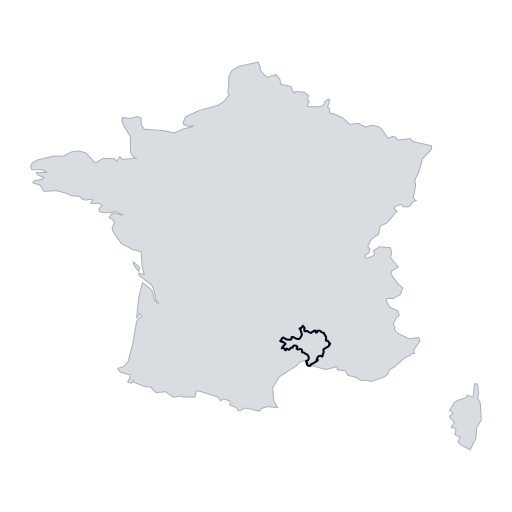 France, with Gard highlighted
{"feature_id": "FRA-5293", "entity_name": "Gard", "entity_type": "Metropolitan department", "adm_level": 1, "iso_a3": "FRA", "parent_name": "France", "parent_adm1": "", "projection": "natural_earth1", "projection_center": [4.221, 43.959], "detail": "fine", "context": "in_parent", "style": "outline", "palette": "ink", "viewbox_px": 512, "rotation_deg": 0, "n_neighbors": 0, "source": "natural_earth", "source_scale": "10m", "svg_char_len": 7108}
<svg xmlns="http://www.w3.org/2000/svg" viewBox="0 0 512 512"><path d="M416.1,200.4L412.4,202.3L410.1,205.9L407.7,206.8L403.3,206.8L401.2,204.5L395.9,206.0L393.8,208.3L397.0,211.2L386.7,223.0L380.1,226.1L378.8,233.8L371.0,239.6L368.1,245.7L367.9,246.9L369.9,248.9L369.0,252.8L365.1,255.4L365.2,257.9L366.3,258.3L372.3,256.3L374.6,253.9L373.4,250.7L379.5,246.8L390.4,247.7L391.7,253.0L390.4,257.4L398.3,267.0L391.5,271.4L391.1,274.4L398.3,284.0L402.7,288.0L400.4,294.4L393.0,298.6L388.3,298.3L386.2,299.3L386.5,301.3L389.8,307.2L397.9,311.0L399.2,315.5L397.0,317.0L393.3,323.7L395.0,327.1L394.4,328.5L395.2,330.8L397.4,333.0L408.6,338.7L418.7,337.6L420.0,340.9L413.9,349.7L414.3,353.7L411.2,353.7L410.7,355.1L404.5,358.0L394.5,366.9L389.7,369.5L387.9,374.0L385.1,376.6L370.7,381.7L367.9,380.5L360.8,380.6L356.4,377.4L347.9,375.4L345.2,370.7L337.3,369.8L336.8,366.7L325.7,369.5L310.1,365.2L304.7,360.7L300.1,361.9L296.1,366.0L279.3,376.8L272.6,388.0L273.8,401.1L277.7,407.6L267.4,406.6L261.3,408.5L259.7,411.2L245.2,408.0L239.8,410.7L238.3,410.5L236.5,407.8L229.4,404.7L230.5,402.5L229.5,400.6L222.9,399.0L220.5,400.9L218.0,397.1L199.4,391.1L196.3,391.2L195.0,397.1L183.0,397.0L181.3,395.9L173.5,397.2L165.3,391.7L156.1,392.7L150.5,387.0L145.1,386.6L137.4,383.7L133.9,382.2L133.5,380.5L131.2,383.1L128.3,382.5L127.7,381.7L129.6,378.6L130.1,374.9L120.5,372.2L118.0,369.6L118.0,368.2L123.2,366.9L128.0,361.9L132.8,343.5L136.5,321.8L138.9,317.7L141.9,316.5L139.6,313.6L136.6,317.5L138.8,297.6L142.5,282.7L150.5,288.8L152.3,291.5L154.5,300.3L159.0,304.1L156.1,300.5L153.4,288.6L151.7,285.3L139.1,275.4L138.7,273.2L144.3,274.4L142.2,267.0L141.2,251.5L133.5,250.0L121.2,243.4L113.0,231.6L112.1,227.2L114.5,222.6L112.6,219.6L109.0,217.6L111.9,213.6L114.5,213.2L123.3,215.4L116.1,211.7L104.3,212.9L99.6,211.6L98.9,208.9L102.2,205.3L98.3,203.1L91.5,203.6L90.7,202.7L92.8,200.1L91.1,199.1L85.6,200.1L82.5,199.3L79.6,196.4L70.7,195.7L68.8,194.1L56.6,190.7L43.8,191.3L40.4,185.5L32.7,182.7L34.3,180.9L42.2,179.1L43.8,177.5L38.2,175.1L36.2,172.7L46.7,172.2L42.1,169.7L31.9,169.8L30.7,166.4L32.2,162.8L38.2,159.7L53.0,156.2L63.7,156.1L71.4,152.0L78.8,150.9L85.9,152.9L95.2,163.0L103.0,158.5L114.4,158.7L116.6,161.2L119.8,156.6L122.3,159.3L136.2,158.4L133.0,156.6L130.5,152.3L130.4,136.6L123.5,125.3L121.9,121.1L122.4,117.6L130.7,118.3L137.6,116.7L140.9,117.8L141.5,125.1L144.3,129.3L163.4,130.6L174.4,132.9L183.7,128.8L192.4,126.9L193.1,125.9L188.1,126.3L183.6,124.5L183.0,122.6L185.5,116.9L198.9,110.6L218.4,105.2L223.4,101.7L229.2,95.2L227.9,93.6L229.0,76.1L231.9,70.4L239.3,66.2L258.1,62.1L260.4,67.6L260.3,70.7L265.2,75.7L267.7,77.2L275.9,74.5L279.8,79.1L280.9,84.3L290.8,86.4L293.7,93.1L295.5,91.6L301.7,91.9L304.6,92.5L308.6,95.5L307.4,99.5L309.2,101.5L307.4,105.2L308.7,106.7L320.0,106.7L323.5,105.1L325.0,101.3L328.4,99.1L329.7,99.8L327.6,106.8L329.2,108.5L330.0,113.5L334.3,113.9L342.7,117.9L349.8,124.4L358.5,123.4L365.4,127.0L372.5,125.1L379.2,127.1L381.6,129.0L387.9,138.3L392.7,136.4L396.1,137.5L397.3,140.2L410.1,138.6L412.4,141.2L415.1,142.2L431.4,145.7L431.6,149.1L422.4,159.0L418.5,173.1L415.8,178.0L414.8,181.7L415.6,184.2L415.2,188.0L413.4,197.2L414.5,199.9L416.1,200.4ZM478.5,392.5L477.8,398.4L480.2,402.7L481.3,419.8L476.6,428.0L476.0,438.0L470.1,449.9L460.6,444.6L457.8,441.7L460.3,437.1L454.8,434.7L456.0,430.3L455.4,428.1L451.6,427.8L451.3,426.7L454.1,423.3L454.0,421.2L450.3,418.5L449.6,416.2L453.1,413.5L451.4,411.1L449.5,410.6L454.1,402.8L457.3,400.4L464.6,398.3L467.6,395.4L472.4,396.9L473.2,396.2L474.6,383.9L476.2,383.7L477.8,385.4L478.5,392.5ZM139.8,267.8L138.6,271.3L133.9,265.3L133.3,262.0L139.8,267.8Z" fill="#d9dde1" stroke="#a8b0b8" stroke-width="1"/><path d="M309.6,366.0L308.8,365.9L308.1,365.6L307.2,364.9L306.7,364.0L307.2,363.1L306.4,362.3L306.2,362.0L306.2,361.0L307.9,360.3L308.8,358.8L308.6,356.7L307.5,354.8L307.1,354.5L305.6,353.9L303.8,352.5L302.4,352.4L302.1,352.2L302.0,351.8L302.0,350.4L301.9,349.9L301.5,349.4L301.1,349.2L300.0,349.1L297.6,349.5L296.6,348.7L297.4,346.9L296.1,345.7L294.1,345.5L292.9,346.5L292.7,347.4L292.4,347.8L292.0,347.8L291.3,347.7L290.6,347.9L289.7,349.2L289.2,349.7L288.5,349.7L287.5,348.8L286.9,348.6L286.4,348.8L286.2,349.2L286.1,349.7L285.8,350.2L285.4,350.2L285.1,350.0L284.7,349.6L284.2,348.4L283.7,348.1L282.0,348.1L282.5,346.8L282.8,346.5L283.1,346.2L283.7,345.8L283.9,345.6L284.2,345.1L285.3,344.3L285.3,344.2L285.4,343.7L285.2,343.4L284.9,343.2L284.2,342.7L283.7,342.3L283.5,342.1L283.2,342.1L282.6,342.1L282.4,342.0L282.1,341.8L282.0,341.5L281.8,341.4L281.5,341.4L281.2,341.5L280.9,341.5L280.7,341.4L280.4,341.2L280.3,340.8L280.6,340.6L281.2,340.3L281.5,340.1L281.6,339.7L281.5,339.2L281.6,338.9L282.1,338.2L283.2,337.5L286.5,339.4L287.7,339.7L290.8,339.6L291.4,339.2L291.6,338.4L291.5,337.7L291.6,337.2L292.5,336.9L293.2,337.0L296.4,338.8L298.8,339.0L299.1,339.0L300.5,337.6L301.7,335.2L301.9,334.3L301.8,333.7L301.0,331.9L300.8,330.6L300.7,330.2L299.7,328.6L300.2,328.1L301.2,328.0L301.7,327.6L302.6,326.2L302.8,325.9L303.7,326.6L304.2,327.5L304.6,328.0L304.6,328.4L304.5,328.6L304.3,328.8L304.2,329.2L304.3,329.7L304.4,331.0L304.6,331.2L304.9,331.2L305.4,331.1L305.7,331.1L306.0,331.1L306.3,331.1L306.8,330.9L307.2,330.9L307.3,331.1L307.5,331.3L307.8,331.5L308.1,331.6L310.3,332.8L310.7,332.9L311.0,332.9L311.3,332.9L311.5,332.7L311.9,332.2L312.1,332.0L312.9,331.6L313.6,331.0L313.9,330.9L314.9,330.6L315.3,330.6L315.5,330.8L315.6,331.1L315.6,331.3L315.5,331.6L315.5,331.9L315.6,332.2L316.0,332.5L316.3,332.6L316.7,332.5L317.0,332.4L317.2,332.2L317.3,331.9L317.3,331.7L317.3,331.2L317.5,330.9L317.8,330.8L318.8,330.7L319.6,330.7L320.5,331.1L320.7,331.3L320.8,331.5L321.1,331.7L321.2,331.8L321.3,332.0L321.6,332.2L322.5,332.6L323.9,332.9L324.2,333.9L324.6,334.3L324.8,334.6L324.9,334.8L324.9,335.1L324.9,335.4L325.0,335.6L325.5,336.0L325.8,336.3L326.0,336.6L326.1,337.8L326.1,338.2L326.0,338.6L326.0,338.8L325.9,338.9L325.9,339.1L325.9,339.3L326.0,340.5L326.2,340.8L326.3,340.8L326.6,340.7L326.9,340.6L327.2,340.6L327.4,340.7L327.6,340.7L327.8,340.9L329.3,342.8L329.9,343.4L330.0,343.6L330.1,343.8L330.0,344.1L329.9,344.3L329.7,344.3L329.4,344.2L329.1,344.3L329.1,344.7L329.2,345.3L329.1,345.6L328.9,345.9L328.7,346.2L328.5,346.3L328.1,346.6L327.9,346.7L327.8,346.8L327.6,347.0L326.5,347.4L326.2,347.6L324.9,348.5L324.0,349.0L323.6,349.3L323.4,349.5L323.4,349.8L323.4,350.3L323.5,350.5L323.7,351.6L323.7,351.8L323.7,352.1L323.6,352.5L323.2,353.6L322.7,354.7L322.6,354.9L322.6,355.0L322.7,355.3L322.7,355.5L322.5,356.2L322.4,356.4L322.3,356.5L322.2,356.5L321.9,356.5L321.8,356.4L321.5,356.3L321.3,356.1L320.3,355.8L320.1,355.8L319.9,355.8L318.9,356.1L318.2,356.6L317.4,357.7L317.3,358.0L317.1,358.4L317.0,358.6L316.8,359.1L316.7,359.3L316.8,359.5L317.0,359.7L317.3,359.7L317.7,359.7L317.8,359.8L317.8,360.0L317.6,360.5L317.4,360.8L317.1,360.9L316.6,361.0L316.4,361.0L316.2,361.1L316.1,361.3L316.0,361.7L315.9,361.8L315.2,362.0L313.7,363.1L313.2,363.4L312.9,363.6L312.1,363.7L311.9,363.9L311.7,364.1L311.4,364.3L311.1,364.3L310.9,364.4L310.8,364.6L310.7,365.0L310.4,365.6L309.6,366.0Z" fill="none" stroke="#020617" stroke-width="2"/></svg>